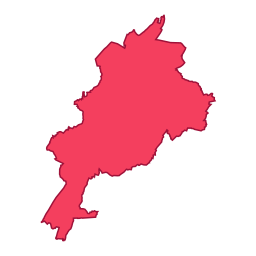 the district of Campulung, Arges, Romania
{"feature_id": "2599482B28954642514421", "entity_name": "Campulung", "entity_type": "district", "adm_level": 2, "iso_a3": "ROU", "parent_name": "Romania", "parent_adm1": "Arges", "projection": "albers", "projection_center": [25.046, 45.256], "detail": "fine", "context": "isolated", "style": "filled", "palette": "rose", "viewbox_px": 256, "rotation_deg": 0, "n_neighbors": 0, "source": "geoboundaries", "source_scale": "gbopen_adm2", "svg_char_len": 5701}
<svg xmlns="http://www.w3.org/2000/svg" viewBox="0 0 256 256"><path d="M95.6,217.2L96.1,215.1L97.0,214.3L97.0,212.5L97.7,211.6L95.9,211.6L94.5,210.8L93.4,211.5L92.1,211.1L91.5,212.3L90.1,212.1L89.5,213.5L88.0,213.5L87.5,213.1L86.9,211.7L84.9,209.3L83.3,208.8L80.1,208.7L80.1,207.5L79.4,206.8L79.3,206.4L79.4,205.2L81.9,201.6L82.1,200.8L81.9,199.1L82.1,197.9L81.8,196.4L81.9,194.8L83.1,193.7L83.0,192.4L83.7,191.8L84.5,187.8L87.0,184.5L87.2,183.4L87.1,182.7L88.9,178.1L90.8,178.9L91.9,178.4L92.0,177.7L91.7,177.1L91.9,176.9L92.3,176.9L92.4,177.2L92.9,177.1L93.2,176.6L94.2,176.4L94.5,176.8L95.0,174.1L97.2,175.0L98.4,175.1L99.3,172.8L99.1,171.6L99.0,169.6L99.2,168.9L101.6,171.8L102.2,173.1L105.7,172.3L107.3,172.6L109.9,174.9L112.2,176.1L113.8,175.5L117.7,175.7L119.4,175.5L120.1,174.7L123.9,172.1L126.4,169.3L126.9,169.3L127.8,169.9L129.2,169.4L131.2,169.7L131.6,168.7L131.5,167.7L131.8,167.4L132.7,166.7L135.4,166.4L137.4,164.6L138.1,164.6L138.7,165.3L139.4,165.3L141.0,164.0L144.0,164.9L146.4,165.0L149.0,162.7L149.4,162.7L149.3,162.3L150.3,160.7L150.6,160.7L151.5,159.7L151.8,158.1L152.9,158.4L152.8,157.7L153.3,157.0L153.2,155.2L154.1,154.8L155.3,155.0L155.2,153.3L154.8,153.0L156.3,150.5L155.5,149.3L156.2,148.8L156.8,147.6L161.7,141.9L161.7,140.9L162.3,139.3L162.4,138.1L163.5,137.1L163.4,136.3L162.9,135.4L166.0,131.5L166.9,129.9L167.8,130.6L167.6,131.1L167.6,131.6L167.0,131.6L167.3,133.1L167.7,133.5L168.4,133.5L169.1,134.0L170.0,135.7L170.0,136.4L170.3,136.7L170.8,137.8L170.8,138.8L171.4,138.9L171.6,139.5L172.4,140.2L176.5,136.2L178.3,136.4L180.2,135.6L180.1,135.4L180.4,134.9L180.9,134.5L182.0,132.8L182.3,131.6L183.4,131.5L184.4,130.3L184.7,130.2L186.6,130.8L187.6,128.1L191.3,128.1L191.4,128.4L191.7,128.5L193.5,128.6L194.3,129.3L201.1,130.8L202.6,129.8L204.3,129.5L204.6,129.0L204.5,127.2L205.3,127.0L205.3,126.8L206.0,126.2L205.9,125.9L206.3,125.0L205.9,124.5L206.2,124.1L206.5,124.1L205.9,122.3L205.7,120.6L203.8,120.5L205.4,118.6L206.1,116.6L206.3,114.4L208.0,113.1L207.7,112.6L205.8,111.2L207.3,109.2L208.6,106.9L211.0,104.4L208.9,104.0L209.3,102.0L215.0,100.8L214.2,99.5L214.3,97.6L213.0,97.0L211.7,96.0L212.2,95.1L212.5,94.1L212.5,93.6L212.1,93.4L211.1,93.5L209.5,94.9L207.9,95.4L207.7,95.4L207.1,94.3L206.0,94.2L203.6,94.9L202.7,92.9L202.2,92.2L202.1,91.2L201.1,90.3L200.9,89.8L201.3,89.8L201.2,88.5L200.6,88.2L200.0,86.5L199.5,86.4L198.3,84.8L198.3,83.6L196.1,82.4L195.0,82.1L193.3,82.2L192.1,81.3L190.7,81.5L188.7,81.1L188.4,80.6L187.3,80.5L186.8,80.0L185.1,79.8L184.6,79.1L182.3,78.3L182.1,77.2L182.3,76.5L180.9,74.9L180.6,74.2L181.0,73.8L178.5,72.3L178.1,71.3L177.4,70.8L177.1,70.1L176.4,70.0L176.9,69.6L175.8,68.9L177.1,68.0L180.4,66.7L182.8,64.9L184.7,62.7L182.3,59.1L182.0,58.3L181.9,56.7L182.1,55.7L181.5,55.7L183.5,52.6L185.2,49.4L185.7,47.8L184.6,47.1L181.7,43.6L180.6,42.9L170.5,42.6L158.5,40.0L155.7,39.6L160.2,33.1L161.7,30.5L161.9,29.4L160.6,28.7L162.8,25.4L164.0,22.2L164.5,19.0L164.1,15.4L163.9,15.4L163.8,16.0L163.4,16.0L163.2,17.0L161.6,16.7L161.0,17.4L161.1,19.7L160.6,20.4L160.2,22.6L159.8,23.4L157.5,22.5L157.7,21.8L158.0,21.8L158.4,20.8L158.1,20.6L158.6,20.1L158.7,18.6L157.6,18.6L156.8,18.1L155.0,19.9L154.1,21.9L153.5,22.5L152.5,24.1L150.2,25.6L147.1,28.9L145.5,30.2L143.9,31.9L143.6,31.9L139.6,35.1L138.7,35.4L138.2,35.3L137.4,34.6L136.8,34.4L134.5,31.4L134.4,30.1L134.0,29.9L133.6,29.9L132.8,31.3L131.7,32.2L129.6,32.8L128.2,34.6L127.1,34.4L123.9,42.9L124.2,45.9L124.8,45.9L124.8,45.1L125.4,45.3L125.2,47.1L124.7,48.2L117.5,43.8L111.6,42.1L110.6,42.8L106.9,46.8L104.4,48.9L102.6,50.9L95.4,59.1L97.2,65.9L98.5,65.9L100.2,66.4L99.8,67.9L100.0,68.6L100.4,68.9L100.5,70.4L100.8,71.3L100.6,71.8L101.6,73.1L102.0,74.1L101.7,74.9L101.8,75.4L100.8,76.6L101.3,77.2L101.4,78.2L101.1,79.9L100.0,81.1L99.9,82.4L99.0,83.3L98.7,84.5L97.8,85.6L96.5,86.5L94.0,87.5L93.3,88.7L91.8,90.4L90.8,90.5L90.4,90.8L90.0,91.5L90.4,92.2L86.9,92.4L86.8,92.6L87.2,93.2L87.2,93.7L86.9,95.6L86.5,96.1L84.7,96.8L84.1,96.7L84.3,94.9L83.9,94.3L84.2,92.1L83.2,91.9L82.9,92.6L82.8,95.7L82.3,96.8L82.6,98.7L81.7,98.6L81.4,99.7L80.2,99.0L79.8,99.1L78.6,100.5L78.2,99.9L77.4,99.8L77.3,100.3L74.6,101.6L74.4,104.3L77.1,104.4L77.5,106.0L77.2,106.3L78.1,106.5L77.8,107.8L79.0,108.5L80.0,109.9L82.3,110.8L83.0,111.6L83.1,112.4L82.9,113.4L82.9,114.8L83.2,116.8L83.0,118.4L83.5,119.6L82.8,121.2L82.3,123.2L81.6,123.8L78.4,124.9L76.0,126.9L74.1,126.5L72.7,128.5L70.1,127.9L68.8,126.8L68.4,127.4L68.4,128.0L68.8,128.4L68.5,128.5L68.3,129.7L67.7,129.4L67.5,129.8L66.8,130.0L66.3,129.7L63.4,133.1L61.1,131.9L60.3,131.7L59.4,131.8L57.3,132.8L57.8,133.7L56.3,134.6L56.0,135.6L55.7,135.8L55.2,135.5L54.7,136.6L52.8,135.7L53.1,137.7L52.5,137.4L51.7,137.7L51.1,138.8L50.3,141.1L49.8,142.0L50.0,142.1L50.0,142.7L47.1,146.7L46.7,147.9L46.7,148.9L47.2,150.0L49.2,149.9L50.3,150.8L53.0,151.5L54.4,154.4L55.2,155.3L56.2,157.6L56.4,158.3L54.9,158.9L55.8,159.9L63.3,163.5L62.0,165.0L60.8,165.3L60.9,166.7L60.5,167.2L59.7,169.2L59.6,174.3L60.3,176.2L60.2,176.8L62.0,178.2L63.5,179.8L63.7,180.6L65.8,181.2L66.1,183.0L66.1,184.4L65.4,185.0L63.8,187.9L56.1,197.5L53.1,202.2L48.6,210.0L46.1,213.8L44.2,217.5L44.0,218.3L43.4,218.9L42.6,220.8L41.0,222.5L44.6,221.2L47.3,224.1L48.6,222.9L49.9,223.1L50.6,223.8L51.6,228.0L52.7,228.8L53.5,228.7L54.8,228.0L55.3,228.2L55.7,227.5L56.4,226.8L59.1,227.5L58.1,231.0L57.6,232.2L56.3,237.2L56.0,237.3L55.8,238.3L56.4,238.6L56.4,239.0L57.0,239.1L57.1,238.7L57.5,238.6L62.6,239.0L62.8,240.5L63.5,240.6L63.3,239.1L64.8,240.1L65.2,239.4L65.6,237.8L65.7,236.1L66.1,234.8L67.2,233.4L67.5,232.5L69.2,230.0L70.8,228.8L71.7,226.4L72.7,222.5L73.5,220.8L73.4,218.2L77.4,218.1L77.5,218.3L79.3,218.3L81.6,217.9L82.4,218.1L95.6,217.2Z" fill="#f43f5e" stroke="#9f1239" stroke-width="1.5"/></svg>